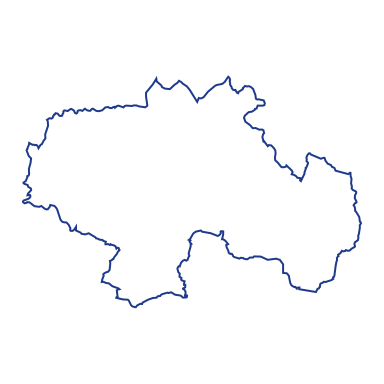 Susticacán, Zacatecas, Mexico
{"feature_id": "50627088B6300678420258", "entity_name": "Susticacán", "entity_type": "district", "adm_level": 2, "iso_a3": "MEX", "parent_name": "Mexico", "parent_adm1": "Zacatecas", "projection": "robinson", "projection_center": [-103.193, 22.63], "detail": "fine", "context": "isolated", "style": "outline", "palette": "blue", "viewbox_px": 384, "rotation_deg": 0, "n_neighbors": 0, "source": "geoboundaries", "source_scale": "gbopen_adm2", "svg_char_len": 5953}
<svg xmlns="http://www.w3.org/2000/svg" viewBox="0 0 384 384"><path d="M28.6,175.6L27.2,176.2L27.3,177.4L25.7,181.1L23.5,182.6L23.5,183.1L24.3,183.8L27.6,185.0L28.3,186.9L30.7,188.3L31.1,189.2L31.1,190.2L28.0,193.6L27.5,195.3L29.9,195.0L30.4,195.9L30.3,196.7L29.8,197.7L28.4,198.8L23.7,200.5L23.0,201.4L23.2,202.4L24.8,203.3L26.8,202.7L27.2,202.1L29.6,202.4L34.5,206.2L39.3,206.8L41.3,206.0L45.0,208.9L46.5,209.4L47.7,209.3L49.7,206.9L50.3,205.0L54.4,205.9L56.2,207.8L57.2,209.6L60.5,219.7L62.3,221.8L64.4,222.4L66.4,222.4L67.4,223.4L68.8,225.0L70.4,228.3L70.1,229.8L70.6,230.8L72.6,230.9L74.3,229.5L76.0,226.8L76.0,230.5L80.6,232.6L81.5,233.8L85.2,234.4L88.7,233.3L94.9,237.0L95.7,237.6L96.0,238.3L98.5,238.9L99.3,239.6L102.6,240.0L103.2,240.9L105.8,241.7L105.4,243.4L105.5,244.3L108.2,244.1L109.9,245.0L110.6,244.2L111.2,244.7L114.0,245.4L115.5,246.3L116.4,248.6L117.3,247.7L118.7,248.1L119.1,249.6L119.5,249.9L119.3,250.5L117.9,251.6L116.9,253.9L114.3,257.1L113.3,259.1L112.7,259.1L111.5,260.4L109.9,260.9L110.3,263.4L109.6,269.9L108.0,271.8L106.1,272.3L103.7,273.7L103.3,274.5L103.7,275.8L102.2,279.6L101.8,282.0L103.6,281.8L105.5,282.8L109.1,283.5L112.3,286.2L118.4,288.4L119.4,289.2L117.6,289.7L116.8,290.4L117.6,296.8L116.6,297.1L116.3,297.8L122.7,299.4L127.8,299.7L128.7,300.4L131.1,305.2L132.4,306.4L134.9,307.1L135.8,307.2L137.1,305.5L140.3,303.8L142.1,304.0L142.6,302.6L148.1,299.7L152.8,298.0L156.5,297.7L157.6,296.3L160.2,296.0L160.7,295.1L162.3,294.1L167.3,292.7L168.7,293.0L171.1,292.3L175.1,294.7L180.3,295.5L181.6,296.2L182.4,297.3L183.3,297.6L186.5,297.4L186.9,297.0L187.0,295.6L185.0,295.7L184.9,295.1L185.6,294.2L185.4,291.2L183.8,289.1L183.1,289.0L183.0,288.5L185.1,287.5L185.3,286.8L185.3,284.9L184.0,284.9L183.9,284.2L184.6,281.3L181.6,280.3L181.1,279.1L181.4,277.9L179.5,276.8L179.7,273.5L178.3,272.1L177.4,268.5L178.3,266.6L179.0,266.2L179.7,266.5L181.0,262.8L182.9,260.7L184.8,259.9L186.3,260.7L187.6,259.8L188.4,257.4L189.4,255.8L188.8,254.6L188.8,252.9L190.7,246.1L190.6,244.1L191.3,243.9L189.6,241.7L190.4,240.5L188.9,239.9L190.1,239.0L193.2,233.6L195.7,231.7L200.8,230.5L202.1,231.7L210.7,233.2L217.6,235.9L218.5,235.7L220.0,234.4L220.8,233.2L220.6,231.6L221.0,231.2L223.2,231.4L223.2,234.4L222.1,239.1L222.7,239.0L225.3,240.7L228.1,244.1L226.2,245.0L226.6,247.2L228.2,250.5L228.8,252.9L230.1,253.9L230.4,253.6L232.1,254.0L233.3,256.4L234.1,257.0L239.4,258.6L240.6,257.8L243.1,258.0L243.7,258.6L246.3,259.3L247.4,259.2L250.0,257.5L253.0,257.5L254.1,256.4L260.8,256.6L267.7,259.8L276.2,258.7L279.9,259.9L283.1,264.3L283.1,272.9L286.8,273.3L288.8,275.6L290.2,282.8L291.1,284.8L292.2,285.9L294.4,287.1L295.3,286.9L296.8,288.6L297.3,287.7L299.4,287.5L299.2,289.2L316.0,292.0L317.5,288.9L318.8,288.5L319.3,287.3L319.9,287.0L320.2,284.2L320.6,283.6L322.9,282.6L323.7,281.8L325.5,282.0L331.8,280.0L332.8,278.6L333.2,278.7L333.1,277.3L333.7,277.2L334.4,275.7L335.6,266.2L336.4,261.8L337.1,260.1L336.9,258.0L338.0,256.3L338.5,256.1L338.1,254.7L340.3,253.3L341.9,250.8L343.2,251.4L345.2,251.0L345.8,250.1L347.6,250.7L349.6,250.6L351.6,248.7L354.7,246.9L355.0,246.3L354.4,244.0L354.9,242.3L357.9,240.2L358.4,237.9L358.2,235.5L358.8,234.3L359.8,228.0L359.8,225.2L361.0,223.3L360.4,221.8L359.9,221.6L359.2,216.9L356.3,212.1L355.1,210.8L355.2,209.3L354.6,206.7L353.6,205.3L354.8,203.4L356.0,202.9L356.6,202.0L354.8,198.1L355.0,195.4L356.2,192.9L356.2,192.0L355.8,191.4L352.9,190.0L351.7,188.6L351.9,186.2L351.1,183.7L351.5,178.7L350.6,176.1L350.5,172.9L350.1,172.7L348.3,174.1L335.6,170.7L334.4,167.9L331.9,166.8L331.0,165.1L327.6,163.6L325.3,160.4L324.8,158.3L324.1,157.7L320.8,158.7L310.9,154.5L309.8,153.3L309.0,153.3L307.3,155.2L306.4,157.6L306.8,159.5L306.5,161.0L308.0,162.7L307.8,164.1L306.1,168.0L305.7,168.0L305.6,169.5L304.6,172.0L304.4,173.9L300.9,181.1L300.1,180.4L300.5,178.2L297.2,177.7L296.4,176.4L294.2,174.9L291.7,174.3L292.6,172.2L291.9,170.6L286.4,165.4L285.9,166.6L284.6,167.1L282.2,167.3L281.0,166.7L277.9,162.7L275.3,160.4L274.9,157.7L275.6,153.6L275.3,150.3L273.6,147.8L271.2,145.4L268.8,145.1L267.8,146.2L263.9,141.0L263.7,141.7L263.4,141.5L263.5,139.9L263.3,140.8L262.4,136.9L263.2,134.1L264.1,133.2L263.4,130.2L262.0,129.5L259.4,129.7L255.6,128.0L253.0,128.2L252.3,127.8L250.4,125.4L245.4,121.7L244.0,117.8L244.9,115.6L248.6,112.2L252.0,111.6L254.7,109.9L255.0,108.9L256.5,108.6L257.7,105.6L262.5,105.7L264.4,105.1L264.8,103.1L263.7,100.4L258.6,99.3L257.2,99.5L255.9,98.7L255.4,95.0L253.1,88.9L250.7,86.9L249.0,86.2L246.8,86.5L245.1,85.9L242.8,88.2L243.0,88.7L242.6,89.4L238.5,91.9L238.2,93.2L236.9,92.7L235.4,89.9L234.1,90.2L233.0,89.7L231.8,88.2L231.6,87.0L230.1,84.7L230.1,82.4L229.6,81.1L230.1,80.1L230.0,79.4L229.3,77.8L228.2,76.8L224.6,82.1L222.2,83.9L216.8,85.0L215.2,85.7L208.0,91.7L203.8,97.0L201.8,98.2L200.1,98.4L198.8,98.0L197.2,101.9L189.8,90.0L186.9,86.4L182.7,83.6L181.2,82.0L179.0,80.8L177.4,82.9L174.6,84.7L169.9,89.1L164.9,88.6L161.9,87.0L161.4,85.5L156.7,81.4L156.3,78.7L152.9,84.3L146.0,92.7L146.1,97.0L147.3,105.2L147.2,105.9L145.2,107.3L138.7,106.3L136.7,105.5L133.7,105.4L132.0,106.0L126.4,105.6L124.6,106.1L123.5,107.4L118.6,105.7L117.2,105.9L115.0,107.7L114.7,106.8L113.0,107.2L111.8,108.1L109.8,108.0L108.0,107.0L105.2,107.5L102.2,110.3L98.6,111.2L96.2,110.8L92.9,108.7L91.9,108.9L90.4,110.7L89.3,110.8L87.3,110.4L84.9,108.7L82.3,110.9L80.2,110.1L77.9,110.7L77.5,111.2L77.4,112.7L76.5,113.5L74.9,112.9L73.9,110.5L71.3,108.9L70.1,109.3L67.8,111.0L64.3,110.4L63.4,111.4L63.3,113.1L62.4,114.4L62.2,115.7L61.1,115.9L60.0,116.0L59.2,115.5L57.8,113.7L55.6,113.2L55.0,114.3L54.0,114.6L53.8,115.6L52.9,116.4L52.8,117.6L52.2,118.1L51.5,118.6L49.6,118.2L47.0,119.8L47.7,121.0L48.1,125.6L45.2,134.3L45.4,138.5L43.7,140.6L41.9,144.1L40.5,144.9L38.5,148.2L37.8,146.3L36.4,144.9L34.6,145.2L33.5,144.6L32.4,144.8L29.2,142.9L28.9,144.9L27.7,147.5L27.5,148.9L26.9,149.4L26.6,150.4L28.7,155.9L31.1,158.4L30.5,163.2L28.9,168.8L29.1,174.3L28.6,175.6Z" fill="none" stroke="#1e3a8a" stroke-width="2"/></svg>